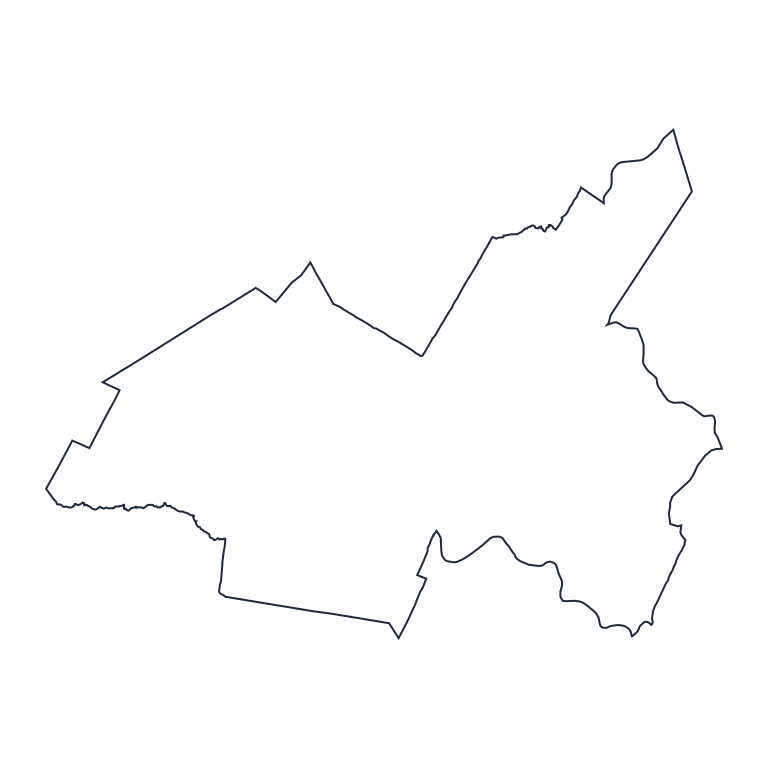 outline of Lugoj, Timis, Romania
{"feature_id": "2599482B71711166476892", "entity_name": "Lugoj", "entity_type": "district", "adm_level": 2, "iso_a3": "ROU", "parent_name": "Romania", "parent_adm1": "Timis", "projection": "albers", "projection_center": [21.931, 45.705], "detail": "fine", "context": "isolated", "style": "outline", "palette": "slate", "viewbox_px": 768, "rotation_deg": 0, "n_neighbors": 0, "source": "geoboundaries", "source_scale": "gbopen_adm2", "svg_char_len": 6090}
<svg xmlns="http://www.w3.org/2000/svg" viewBox="0 0 768 768"><path d="M631.8,636.1L632.7,635.9L637.3,631.7L638.0,630.7L639.3,627.4L640.2,625.8L643.8,622.5L645.0,621.8L647.3,621.9L648.2,622.3L649.5,623.2L651.3,624.9L651.8,624.4L652.6,622.5L652.8,621.4L652.4,620.6L652.1,617.6L652.7,614.1L652.8,611.5L653.2,610.5L653.7,609.7L654.7,606.4L657.0,602.6L665.6,584.1L668.3,580.1L668.6,577.8L671.5,571.8L672.4,570.6L674.0,566.1L675.4,563.9L676.4,560.1L679.1,554.5L681.8,550.2L684.6,544.6L684.6,543.1L685.3,539.6L684.5,539.0L681.4,535.0L680.4,532.2L681.3,525.4L677.8,526.3L670.3,524.0L668.9,513.4L670.2,506.3L670.0,503.1L672.3,496.7L675.3,493.7L689.9,480.3L693.5,474.6L697.5,465.7L705.4,455.3L711.4,450.4L716.3,449.0L721.9,448.7L720.9,445.6L717.4,436.9L714.8,432.9L714.5,429.5L715.1,421.4L714.2,417.3L713.1,416.0L711.9,415.5L710.4,415.5L704.2,416.3L702.4,415.4L691.6,407.0L682.8,402.4L673.9,402.8L669.9,401.5L667.7,400.1L663.9,395.2L658.2,386.3L657.4,384.3L656.5,378.8L656.0,377.8L652.9,374.8L648.6,371.4L646.0,368.2L643.3,363.8L643.1,359.5L643.6,353.9L643.6,345.0L642.4,341.0L638.9,331.8L637.4,328.9L635.5,328.5L628.1,328.1L624.8,327.1L618.6,323.3L616.1,322.3L613.7,322.5L607.2,324.8L608.8,322.7L610.4,315.9L611.1,314.5L691.9,191.4L684.0,165.4L678.3,147.6L673.3,129.8L663.5,138.5L657.3,148.4L649.5,155.3L646.1,157.9L642.8,159.6L640.5,160.3L621.3,162.2L619.3,163.0L617.0,164.5L613.5,168.7L612.2,171.3L611.6,173.6L611.7,181.4L611.3,185.7L610.4,188.2L604.7,195.5L604.0,196.8L603.7,198.1L603.8,203.2L581.0,187.5L579.4,191.7L578.6,192.1L576.8,196.8L573.9,200.4L572.2,204.2L569.8,207.2L568.6,210.0L566.6,213.5L565.2,215.0L561.5,217.7L562.5,219.2L561.5,221.4L559.6,224.2L559.5,224.7L555.8,229.6L553.2,228.1L553.2,227.1L551.3,225.6L550.2,225.0L549.1,224.9L548.8,225.1L549.3,226.0L549.3,226.3L548.0,227.6L547.3,227.3L546.9,227.5L545.1,231.5L543.7,231.0L543.1,230.4L542.5,228.8L541.2,228.4L541.4,227.0L541.2,226.4L539.1,227.2L538.5,228.3L535.5,228.0L534.8,227.0L534.7,226.1L533.4,225.7L533.1,225.4L531.9,225.6L530.2,226.8L529.3,226.8L527.7,227.4L527.1,228.4L526.7,228.7L524.7,228.7L524.1,229.9L522.0,231.2L521.4,232.3L520.1,232.6L517.2,234.2L511.3,234.3L504.7,235.6L503.6,235.6L503.6,236.7L503.4,237.2L498.2,237.7L496.7,238.3L496.3,238.7L493.0,237.1L492.2,237.1L487.8,245.3L482.3,254.5L480.7,258.0L478.9,260.4L477.2,264.1L465.9,282.5L460.0,292.9L457.5,297.8L455.3,301.0L452.9,305.2L451.8,308.0L450.7,309.4L445.2,318.1L444.4,319.8L441.2,324.9L435.3,335.2L433.1,337.9L432.7,338.0L429.5,344.1L426.1,349.6L425.6,350.8L422.3,355.9L420.3,355.9L419.2,354.9L415.5,353.0L415.0,352.4L412.2,350.3L398.8,342.0L392.6,338.8L387.7,335.6L383.8,332.6L379.4,330.4L376.5,328.6L373.5,328.0L372.2,326.9L367.5,323.7L361.8,320.3L356.4,317.5L353.5,315.4L343.8,309.6L340.5,307.2L333.2,303.9L333.3,303.7L332.4,302.5L330.0,297.7L325.8,290.7L324.2,287.5L314.7,270.8L313.8,268.7L310.3,262.5L303.7,271.8L302.5,273.2L302.2,274.1L301.2,275.2L291.8,282.6L275.7,302.0L261.0,291.2L255.7,287.9L222.5,308.5L220.8,309.2L212.0,314.3L138.6,360.3L102.7,382.3L119.6,390.2L114.7,400.2L105.5,416.9L89.4,448.1L72.3,440.6L59.8,464.2L46.1,488.8L53.1,498.5L56.0,501.6L57.1,504.3L59.2,504.3L61.3,505.0L62.6,506.1L62.9,506.7L64.3,506.9L66.3,506.5L69.1,507.5L71.7,507.3L72.7,506.9L73.3,506.1L74.4,505.6L74.4,504.5L74.7,504.1L76.0,504.0L77.7,505.1L78.4,505.0L80.5,504.2L82.5,502.5L83.1,503.0L83.9,503.0L84.3,503.4L83.9,504.6L84.4,505.4L86.8,504.8L88.6,506.3L90.3,506.7L91.8,508.5L95.1,509.6L96.8,509.1L99.8,506.8L100.5,506.9L101.4,507.9L102.4,507.9L103.5,508.6L106.5,507.6L108.4,508.4L109.5,508.2L111.9,508.3L113.0,508.1L113.5,508.3L114.0,508.0L114.2,507.4L114.7,506.9L115.3,506.6L118.2,506.4L119.0,506.6L119.6,506.0L122.0,505.8L123.3,504.8L123.9,504.8L124.3,505.2L123.9,507.6L124.1,508.8L124.4,509.0L125.1,508.7L125.9,508.8L126.2,509.6L126.7,509.8L126.9,510.2L128.2,510.6L129.0,510.5L130.7,508.5L132.4,507.8L133.8,507.7L135.2,506.9L136.0,507.7L136.4,506.9L137.3,507.5L138.2,507.2L139.2,507.5L141.0,507.2L143.3,508.3L145.7,506.8L147.4,505.2L149.8,504.8L152.7,504.9L153.3,505.2L153.9,506.1L154.8,506.4L156.1,506.2L157.6,507.4L158.9,507.2L159.4,507.5L160.3,507.3L160.7,507.2L161.1,506.5L163.1,505.9L164.5,503.0L165.0,502.9L165.5,503.3L166.1,505.0L167.1,506.0L168.5,506.3L169.5,505.7L170.3,505.9L172.2,507.7L173.6,508.0L177.5,510.7L179.8,511.5L182.7,511.5L184.3,512.4L187.1,513.0L190.7,515.2L193.7,515.5L194.1,516.2L193.2,517.0L193.2,517.7L194.8,520.8L196.4,521.3L195.7,522.9L197.5,526.3L198.4,526.9L199.8,527.0L200.8,529.0L202.5,529.7L203.9,531.2L206.2,532.1L207.7,533.4L208.8,533.8L209.5,535.1L209.7,536.8L210.1,537.4L211.0,537.9L212.9,538.6L214.0,540.0L214.4,540.1L215.7,539.7L217.9,538.2L218.3,538.3L219.5,539.5L221.2,538.9L222.7,539.4L223.7,538.7L224.7,538.6L225.2,538.8L225.0,540.2L225.3,540.7L224.5,547.9L223.9,550.2L222.2,563.5L222.4,563.6L221.0,581.4L219.9,584.3L219.1,591.2L219.4,592.5L220.0,593.3L221.4,594.3L223.1,594.9L225.1,596.7L311.5,611.0L331.4,613.7L389.1,623.2L398.6,638.2L406.6,622.9L409.5,616.8L415.6,603.6L416.5,600.7L420.3,591.6L422.7,587.7L425.7,580.1L426.2,578.7L417.2,575.1L423.8,560.6L427.2,552.3L427.7,550.3L427.5,549.1L427.7,548.0L429.8,543.9L431.1,539.8L432.8,536.4L433.7,535.1L433.5,534.9L434.8,533.4L436.5,530.8L439.3,535.0L440.4,537.3L440.8,538.9L441.3,550.9L442.0,555.4L442.7,556.7L444.5,559.5L446.1,560.7L447.7,561.3L453.7,562.3L455.8,562.2L458.6,561.2L462.9,559.2L469.3,555.2L481.2,546.3L490.5,538.1L492.7,537.1L494.7,536.7L498.5,536.6L500.3,537.0L502.1,537.7L503.2,539.0L505.5,542.5L509.4,547.1L512.7,552.3L514.2,553.8L515.9,557.8L518.4,560.0L521.1,561.5L528.7,564.7L537.0,565.8L541.1,565.9L543.3,564.9L544.7,563.7L546.6,562.5L548.6,561.9L550.3,561.6L554.0,563.0L555.3,564.1L556.2,565.3L559.0,574.4L561.2,579.2L561.8,580.9L562.1,583.4L562.0,586.3L561.2,588.3L560.4,591.6L560.4,595.3L560.6,597.2L562.3,600.1L562.9,600.8L565.6,601.2L574.6,600.8L579.7,601.5L582.0,602.3L584.4,603.6L587.9,606.2L595.4,612.4L598.4,617.1L599.9,624.2L600.5,625.9L601.8,627.1L603.0,627.7L606.4,627.9L610.8,626.0L616.9,625.1L619.2,625.1L623.8,625.8L626.7,627.2L629.6,629.7L630.9,632.1L631.8,636.1Z" fill="none" stroke="#1e293b" stroke-width="2"/></svg>